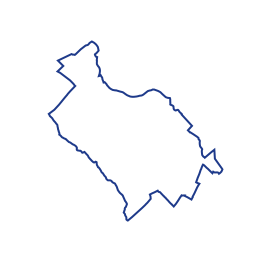 Homocea, Vrancea, Romania, rotated 148°
{"feature_id": "2599482B90822407546416", "entity_name": "Homocea", "entity_type": "district", "adm_level": 2, "iso_a3": "ROU", "parent_name": "Romania", "parent_adm1": "Vrancea", "projection": "orthographic", "projection_center": [27.246, 46.143], "detail": "fine", "context": "isolated", "style": "outline", "palette": "blue", "viewbox_px": 256, "rotation_deg": 148, "n_neighbors": 0, "source": "geoboundaries", "source_scale": "gbopen_adm2", "svg_char_len": 5741}
<svg xmlns="http://www.w3.org/2000/svg" viewBox="0 0 256 256"><g transform="rotate(148 128 128)"><path d="M187.7,181.9L187.7,180.6L187.9,179.8L187.9,179.5L187.3,177.3L187.1,176.5L187.1,175.6L187.1,174.8L187.1,174.2L187.1,173.9L186.9,172.6L186.6,171.1L186.6,170.6L186.6,170.1L186.4,168.9L186.3,168.3L186.4,167.8L187.0,166.5L187.1,166.2L187.2,165.8L188.1,163.6L188.2,162.8L188.7,161.5L188.7,160.9L188.8,160.6L189.0,159.9L189.3,159.3L189.5,159.1L189.7,158.9L189.5,158.7L189.5,158.2L189.2,157.2L189.0,156.2L189.0,155.7L188.8,155.0L188.7,154.8L188.3,154.3L188.2,154.0L188.0,153.5L187.7,153.1L187.1,152.3L186.9,152.0L186.9,151.7L186.4,151.1L186.4,150.7L186.4,150.4L186.1,149.5L186.1,149.3L185.9,148.7L185.7,148.0L185.6,147.6L185.4,147.2L184.9,146.6L184.6,146.2L184.3,145.4L183.6,143.6L183.3,143.1L183.0,142.8L182.8,142.4L182.2,141.2L181.9,140.5L181.8,139.6L181.7,138.7L181.8,138.5L182.0,138.0L182.5,137.5L182.7,137.2L182.9,136.7L182.9,136.2L182.7,135.8L182.0,135.2L181.4,134.6L181.2,134.4L180.6,134.1L180.2,133.5L180.1,133.2L180.0,132.4L179.9,131.5L179.9,131.3L179.6,131.1L179.2,131.0L177.6,130.8L177.2,128.6L177.1,127.9L176.9,127.1L176.7,126.1L176.7,125.2L176.8,124.5L176.9,123.9L176.7,122.8L176.5,121.5L176.4,121.1L176.3,120.7L176.1,119.3L176.0,119.0L175.8,118.5L175.7,117.9L175.6,117.7L175.4,117.2L175.2,116.9L174.8,116.6L174.6,116.6L173.6,116.6L173.4,116.6L172.8,115.8L172.9,115.6L172.9,115.3L173.4,114.5L173.7,113.7L173.9,113.3L174.0,112.8L174.0,111.6L174.2,110.8L174.2,110.6L173.8,110.1L173.8,109.9L173.7,109.5L173.6,108.4L173.6,106.4L173.8,104.8L173.8,104.2L173.3,103.0L173.3,102.7L173.3,100.9L173.3,100.1L173.0,98.7L172.9,98.1L173.0,97.5L173.3,96.6L173.3,96.4L173.3,96.1L173.0,94.9L172.8,94.4L172.7,94.2L171.0,93.2L170.8,93.0L170.5,92.6L170.3,92.3L170.0,91.4L170.0,91.1L170.0,90.6L169.9,90.2L169.7,89.8L168.8,88.3L168.5,87.8L168.5,87.6L168.5,87.2L168.6,86.3L168.6,84.8L168.8,83.4L169.0,82.8L169.3,81.4L169.5,80.9L169.4,79.7L169.5,79.3L169.4,78.6L169.3,78.2L169.3,77.8L169.3,77.4L169.1,76.9L168.9,76.0L168.6,75.2L168.4,74.6L168.4,74.0L168.2,73.6L168.3,73.1L168.5,71.9L168.8,69.7L169.1,67.9L169.1,67.4L169.0,67.1L169.0,65.5L169.0,65.1L169.1,64.5L169.2,64.1L169.4,63.9L171.5,62.3L171.9,62.1L172.6,62.0L172.8,61.9L173.3,61.5L173.7,61.1L173.8,60.7L174.2,60.3L175.1,59.7L175.3,59.4L176.4,58.6L176.4,58.2L176.3,57.7L176.2,56.7L176.4,56.0L176.6,55.6L176.7,55.3L176.7,54.0L176.7,53.3L176.9,52.9L177.6,51.7L177.8,51.3L177.8,51.0L177.7,50.7L177.4,49.8L177.2,49.6L171.9,50.3L158.5,52.7L154.6,53.5L153.8,53.7L153.2,53.9L151.3,54.3L146.3,55.9L145.2,58.0L144.7,60.0L142.2,59.8L139.5,59.4L136.0,59.1L136.0,58.1L135.9,57.7L134.8,56.5L134.5,54.6L134.2,53.3L134.0,52.1L133.8,51.5L133.6,50.8L133.6,50.1L133.5,49.8L133.1,49.1L133.2,48.7L133.0,47.7L132.8,46.8L132.7,46.1L132.4,45.1L132.4,44.5L132.1,42.8L131.7,41.0L131.3,39.9L131.3,39.3L131.1,38.7L130.8,37.2L127.5,38.3L124.3,39.7L120.8,41.4L118.2,42.5L117.9,42.1L117.6,41.8L116.1,41.1L115.7,40.8L115.9,40.7L116.0,40.6L115.9,40.4L114.7,38.5L113.9,37.1L112.2,33.9L112.1,33.7L110.6,34.6L109.8,35.0L109.7,35.4L106.3,37.4L100.6,41.1L98.5,42.2L97.0,42.9L98.8,45.4L99.0,45.9L97.9,46.7L97.7,46.9L96.4,47.9L95.3,48.8L94.0,49.7L93.2,50.3L92.3,50.9L90.3,52.5L89.5,53.2L88.5,54.0L87.6,54.5L86.3,55.6L85.5,56.1L84.6,56.8L83.8,57.2L83.3,56.3L83.0,55.2L82.4,52.6L81.9,51.1L81.1,47.7L80.4,44.9L78.9,45.8L78.4,44.8L78.0,44.3L76.2,43.3L75.4,42.7L75.2,42.2L74.9,41.4L75.0,41.0L74.4,41.0L73.2,41.2L71.9,41.5L69.9,42.8L69.8,43.3L70.6,55.9L66.3,63.8L70.6,63.3L78.6,62.1L78.7,62.9L78.8,63.1L79.0,63.2L79.1,63.4L79.3,64.2L79.4,65.7L78.8,67.1L77.9,68.9L77.1,70.0L76.3,70.7L76.3,71.9L76.5,73.0L76.5,74.4L75.9,75.9L75.1,77.4L73.9,79.0L73.8,80.0L74.1,80.9L73.5,82.3L74.1,84.1L76.0,88.3L77.6,91.6L77.8,91.6L78.4,94.3L72.6,95.9L75.4,111.0L75.0,111.2L75.0,111.6L75.7,113.8L75.8,114.8L75.8,116.0L75.9,116.5L76.0,116.9L76.1,117.0L77.6,117.5L77.8,117.5L78.1,117.5L78.4,117.7L78.5,117.9L78.7,118.1L79.0,118.8L79.1,119.0L79.1,119.7L79.0,120.2L78.9,120.5L78.2,121.8L78.0,122.3L78.0,122.5L78.1,122.8L78.4,123.6L79.6,125.2L79.7,125.5L79.3,126.0L77.7,128.8L76.9,130.1L76.6,131.2L77.8,132.1L78.4,132.6L79.2,133.6L79.6,134.1L79.8,134.7L80.7,137.8L81.1,139.3L81.4,140.7L81.7,141.5L82.8,143.4L83.4,144.2L85.4,146.7L86.8,147.6L87.4,147.6L88.6,147.8L89.7,148.3L91.7,148.8L97.1,148.2L98.4,148.2L99.6,148.5L100.6,149.0L101.3,149.3L102.2,149.5L104.1,150.2L106.4,151.3L107.7,152.1L108.5,152.7L109.5,153.6L110.2,154.6L111.0,155.7L111.5,156.5L112.1,157.9L112.4,158.6L113.2,160.6L113.9,161.6L114.5,162.2L115.2,162.9L118.3,166.4L118.7,166.5L120.8,168.4L121.7,169.9L122.2,171.0L122.7,172.5L122.7,173.2L122.9,174.1L123.1,175.4L123.0,176.5L123.1,177.1L123.2,177.5L123.4,178.9L123.6,179.3L123.9,179.3L124.3,179.4L124.6,179.5L124.2,181.0L123.9,182.8L123.3,184.1L123.2,185.0L123.3,185.5L123.3,186.2L123.2,187.1L123.2,187.3L123.7,187.3L124.3,187.3L124.9,187.4L125.2,187.5L123.9,188.6L123.2,189.2L122.3,190.3L121.5,191.3L120.9,192.5L120.6,193.4L120.5,194.0L120.4,194.6L120.4,195.2L120.6,196.1L120.6,197.7L120.6,198.2L120.5,198.7L120.0,199.6L119.6,200.2L118.9,201.2L118.6,201.7L118.6,202.0L116.6,204.5L117.1,205.0L117.4,205.6L117.4,206.1L117.3,207.0L117.3,207.4L117.1,207.9L116.2,208.2L115.5,208.1L115.2,208.2L114.1,208.5L111.9,209.2L110.9,211.9L110.6,213.0L110.8,215.7L111.5,218.1L112.8,220.5L113.9,220.5L114.9,220.5L115.8,220.4L116.8,220.0L117.4,219.8L118.3,219.8L119.6,220.2L120.2,220.4L126.3,219.8L133.3,218.3L133.6,218.3L133.9,218.2L134.2,218.2L134.4,218.2L134.7,218.7L135.3,219.1L135.8,219.3L136.7,220.6L151.7,222.3L150.0,214.9L157.8,213.3L156.7,211.4L156.3,210.7L151.9,199.1L151.0,195.0L150.8,193.9L150.7,192.2L150.5,191.6L157.6,189.8L161.0,188.8L162.2,188.3L165.1,187.4L174.2,184.3L180.8,182.5L187.7,181.9Z" fill="none" stroke="#1e3a8a" stroke-width="2"/></g></svg>